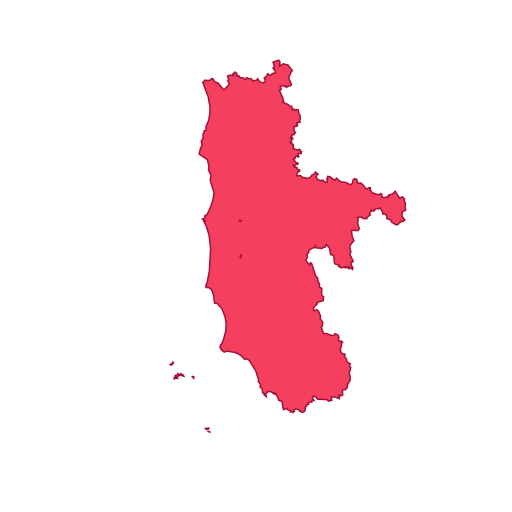 Lazio, Roma, Italy, rotated 44°
{"feature_id": "23120603B86473916475875", "entity_name": "Lazio", "entity_type": "district", "adm_level": 2, "iso_a3": "ITA", "parent_name": "Italy", "parent_adm1": "Roma", "projection": "natural_earth1", "projection_center": [12.727, 41.812], "detail": "fine", "context": "isolated", "style": "filled", "palette": "rose", "viewbox_px": 512, "rotation_deg": 44, "n_neighbors": 0, "source": "geoboundaries", "source_scale": "gbopen_adm2", "svg_char_len": 6167}
<svg xmlns="http://www.w3.org/2000/svg" viewBox="0 0 512 512"><g transform="rotate(44 256 256)"><path d="M97.6,166.3L97.0,168.0L110.8,174.6L119.4,180.7L123.2,184.8L127.6,191.0L130.1,197.6L132.5,200.0L131.7,202.1L133.0,203.5L133.2,205.2L136.0,207.9L136.8,210.8L138.7,212.4L136.4,211.1L140.7,214.1L140.5,215.1L141.7,217.2L141.1,216.8L144.2,222.1L154.2,220.5L160.1,224.4L162.0,227.1L167.5,229.1L170.6,233.5L181.9,239.6L185.9,245.3L189.5,252.9L192.1,260.5L191.9,261.9L191.1,262.2L192.8,265.1L191.9,266.4L196.1,266.0L193.4,266.9L199.5,269.1L207.9,273.7L218.2,282.2L232.7,299.0L239.3,309.0L240.7,312.5L241.3,313.0L243.2,313.2L242.2,312.6L244.6,311.3L247.6,311.2L252.4,313.4L258.9,318.7L260.9,317.1L268.1,317.6L276.1,321.3L281.9,325.7L286.7,331.5L291.0,339.4L292.4,343.1L292.2,344.6L293.7,346.8L296.5,347.6L299.9,347.2L301.1,344.6L308.1,339.8L313.7,338.0L320.3,338.2L319.8,338.0L319.9,337.8L321.0,336.2L323.9,335.8L335.6,338.8L343.3,342.9L345.2,344.8L348.1,345.1L350.4,347.6L352.3,347.1L356.1,349.9L357.0,349.2L358.6,350.3L361.1,349.9L358.8,348.5L358.8,345.2L360.7,343.5L362.9,342.6L363.3,343.0L364.2,342.7L363.2,342.5L365.0,341.5L369.0,342.1L372.5,344.1L375.6,342.6L382.4,347.5L384.1,344.2L385.4,344.6L388.7,343.4L389.2,344.2L390.1,342.8L391.3,342.9L390.9,341.3L392.1,341.2L390.4,340.7L390.7,338.3L393.8,336.7L394.7,337.5L395.6,336.5L397.3,336.8L398.2,335.8L398.8,333.6L396.2,329.9L396.7,329.0L395.8,326.5L396.6,326.0L395.5,325.7L396.5,323.1L397.7,322.3L396.4,320.5L398.0,319.7L395.6,319.1L394.6,317.1L396.3,315.8L399.7,316.3L406.9,309.9L409.0,310.1L410.8,307.1L408.3,305.4L409.0,304.2L411.1,302.3L415.1,300.7L412.3,298.3L414.2,297.7L414.9,295.7L411.5,292.7L412.2,290.7L413.1,290.4L413.1,287.5L411.2,285.0L410.0,280.0L407.5,277.3L404.5,275.6L401.6,270.4L399.7,270.4L398.6,267.9L396.8,268.8L393.8,268.4L392.7,267.2L389.7,266.9L388.2,264.8L385.6,266.5L382.2,265.6L382.1,264.6L380.5,263.8L380.4,261.8L378.2,259.5L378.1,257.8L376.5,258.0L375.1,259.6L373.5,259.0L372.3,257.0L369.7,255.9L366.8,257.0L367.3,258.9L365.8,260.5L360.4,262.9L358.6,264.8L352.2,261.9L352.4,260.8L350.3,257.4L346.0,256.6L344.0,254.3L339.4,252.3L336.9,252.4L336.3,254.6L334.9,255.0L333.3,252.9L333.3,247.8L332.1,246.9L335.3,241.5L332.9,238.3L330.6,238.7L325.7,233.6L323.4,234.4L320.9,231.9L317.6,230.9L315.8,229.1L312.5,228.7L300.9,222.6L299.8,223.2L300.4,225.4L295.9,224.7L294.7,224.1L293.7,221.1L291.2,218.8L291.6,217.0L290.2,215.0L290.9,211.5L292.0,209.9L291.7,207.6L293.5,208.5L298.4,204.5L298.5,202.6L299.5,201.7L298.7,198.9L303.1,199.1L308.8,203.2L310.5,201.9L312.0,202.0L317.2,206.5L318.6,206.8L321.9,204.8L322.5,206.1L325.5,205.4L327.0,202.7L328.4,202.5L327.8,201.5L331.6,200.6L330.1,199.1L334.7,198.6L333.9,197.4L329.9,195.7L328.8,194.3L329.9,192.8L329.3,192.1L322.7,189.8L321.3,187.1L317.4,184.7L316.1,182.0L315.8,177.0L311.4,175.0L306.8,171.2L311.2,167.4L311.8,166.2L311.1,164.4L307.0,162.3L303.5,158.2L302.2,157.7L304.8,154.7L306.8,154.8L309.8,152.2L309.0,151.3L309.7,147.0L308.4,146.8L307.0,142.8L308.2,143.1L309.6,141.6L309.3,138.5L311.5,136.9L311.4,135.4L315.7,136.1L318.1,137.7L319.3,136.2L322.7,136.2L323.9,138.2L327.6,136.6L330.0,137.4L334.8,136.4L336.3,134.8L335.9,132.1L336.7,131.1L336.4,130.1L337.9,128.9L338.1,126.8L333.3,125.9L330.5,122.5L331.8,118.9L329.2,117.2L326.9,114.2L324.0,113.2L323.0,111.7L320.3,111.7L319.1,114.6L311.1,112.7L311.2,116.4L309.1,119.9L310.2,121.2L309.1,121.8L309.2,123.3L305.7,126.3L303.7,124.2L302.2,124.6L302.3,125.7L300.8,127.3L295.6,129.8L292.2,129.1L290.8,127.4L289.6,128.7L289.6,130.4L288.4,131.1L282.0,130.5L280.1,131.0L279.2,133.0L277.8,132.9L277.5,132.0L275.1,130.9L273.1,132.0L272.9,133.5L274.8,136.9L274.6,139.1L269.1,140.8L265.4,143.9L259.9,144.1L260.0,146.9L254.3,147.6L252.3,148.8L253.4,151.2L256.0,153.5L254.0,155.1L251.3,155.0L250.2,156.8L247.8,157.9L244.7,157.8L243.4,155.3L243.7,154.0L240.4,154.4L241.0,156.4L240.0,159.0L240.4,162.2L239.4,164.1L234.9,167.1L232.3,167.2L229.5,170.1L227.9,167.7L227.9,165.4L228.5,164.9L227.7,163.9L225.2,164.9L223.9,163.9L222.1,165.3L221.6,164.6L220.3,165.1L219.5,164.7L221.1,163.9L221.2,161.8L222.3,161.3L221.8,160.0L220.1,160.9L215.7,160.5L216.4,158.8L215.4,157.5L215.7,155.9L217.7,155.5L217.4,154.3L215.5,154.0L215.6,152.3L217.4,151.0L216.3,149.3L215.7,149.9L214.4,149.0L212.8,149.3L212.5,150.7L208.0,153.1L207.2,151.3L204.8,149.8L203.4,150.9L200.5,150.3L202.0,150.3L202.6,149.4L200.5,147.3L198.6,147.5L198.7,146.5L200.5,146.0L198.5,145.3L197.6,143.8L199.0,142.5L198.6,139.7L197.0,139.7L194.1,137.8L194.6,137.1L193.8,136.0L194.7,134.7L194.4,133.9L195.2,134.0L195.1,133.1L192.9,131.8L194.7,129.0L192.6,127.9L192.7,126.7L189.9,124.1L188.1,123.9L184.6,121.5L183.1,123.0L182.9,124.3L182.1,124.7L181.1,123.9L180.1,125.8L177.9,123.4L176.4,124.9L173.9,124.7L168.5,126.8L168.5,125.6L165.7,123.8L157.6,120.5L158.5,118.6L155.8,117.4L156.2,115.9L158.6,113.7L160.3,113.8L160.1,112.8L161.0,112.7L161.7,110.3L162.6,109.6L162.3,107.9L155.9,105.4L153.6,99.9L153.3,97.4L146.4,96.4L142.0,98.9L141.1,103.2L138.6,99.9L136.4,99.3L133.6,104.7L138.2,107.5L137.7,109.0L141.4,109.7L142.7,110.9L141.4,112.7L140.4,116.8L137.2,116.5L138.1,117.1L138.6,119.6L138.3,122.4L140.3,122.8L141.3,124.3L140.8,126.6L137.8,128.1L134.0,127.3L134.3,129.5L132.2,131.6L132.3,132.4L129.2,131.8L127.9,133.3L125.3,134.3L126.1,135.7L125.6,136.4L122.6,137.0L120.9,138.7L118.7,138.2L117.3,140.1L115.6,138.0L113.0,138.4L113.2,140.7L113.9,141.1L113.2,141.6L114.1,142.4L111.7,143.7L110.6,146.5L113.6,147.9L114.0,149.7L117.5,150.7L117.6,158.9L108.6,157.9L105.2,159.3L101.8,158.4L100.8,159.3L100.9,161.4L100.2,162.4L96.9,165.4L97.6,166.3ZM220.6,242.1L219.8,242.0L219.5,241.8L220.7,241.0L220.6,242.1ZM245.5,267.9L244.5,266.0L244.6,265.6L246.1,267.7L245.5,267.9ZM286.2,392.2L283.7,393.1L284.3,393.7L283.3,394.6L281.7,394.7L282.2,395.3L280.9,398.1L282.4,398.5L281.5,399.7L282.2,401.2L284.6,398.4L283.0,398.2L284.1,394.4L287.5,392.6L286.2,392.2ZM341.6,412.6L339.8,414.9L338.7,415.6L341.4,414.7L342.1,413.9L341.6,412.6ZM270.0,390.0L270.3,391.3L269.7,393.7L271.1,393.1L270.9,390.2L270.0,390.0ZM295.2,386.1L294.1,386.7L294.0,387.2L296.1,387.3L295.2,386.1ZM344.8,414.5L344.1,415.1L345.1,414.9L344.8,414.5Z" fill="#f43f5e" stroke="#9f1239" stroke-width="1.5"/></g></svg>